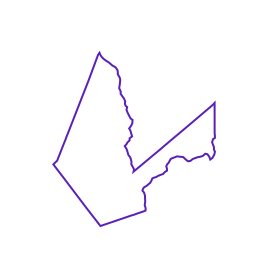 the district of Sítio Novo do Tocantins, Tocantins, Brazil, rotated 141°
{"feature_id": "56859067B78614603253170", "entity_name": "Sítio Novo do Tocantins", "entity_type": "district", "adm_level": 2, "iso_a3": "BRA", "parent_name": "Brazil", "parent_adm1": "Tocantins", "projection": "albers", "projection_center": [-47.721, -5.652], "detail": "fine", "context": "isolated", "style": "outline", "palette": "violet", "viewbox_px": 256, "rotation_deg": 141, "n_neighbors": 0, "source": "geoboundaries", "source_scale": "gbopen_adm2", "svg_char_len": 1616}
<svg xmlns="http://www.w3.org/2000/svg" viewBox="0 0 256 256"><g transform="rotate(141 128 128)"><path d="M102.8,204.4L105.2,203.7L129.5,189.3L144.5,180.8L177.1,162.2L181.5,159.8L183.2,158.7L189.5,155.2L203.6,147.2L208.9,146.7L209.0,144.3L209.4,129.5L210.6,93.1L211.1,69.2L180.7,58.0L177.3,56.6L174.6,55.7L168.4,53.4L166.4,52.8L164.8,54.5L163.5,57.6L160.9,60.0L159.1,62.5L157.4,64.7L156.2,67.6L156.2,70.2L154.5,71.4L152.3,71.8L150.1,71.3L147.9,71.4L145.3,71.4L142.9,72.3L140.9,73.5L138.9,73.0L136.9,72.1L134.9,71.9L132.3,71.1L129.6,70.2L126.9,70.6L124.5,70.3L123.2,72.1L122.4,74.1L120.5,75.1L118.3,75.4L116.0,76.4L114.0,77.1L107.8,75.1L105.7,73.0L103.4,70.7L102.9,67.0L102.3,64.3L100.0,63.1L97.3,63.2L94.9,62.4L92.3,61.5L90.0,60.2L87.4,59.2L84.2,59.4L82.8,57.7L82.9,54.5L83.9,51.7L81.2,51.6L77.7,53.0L75.3,54.9L74.9,57.0L73.3,58.9L72.4,61.7L71.6,64.0L69.0,65.8L66.7,65.6L65.4,67.2L63.9,69.5L44.9,93.0L47.7,92.6L81.8,91.8L105.6,91.4L107.6,91.3L110.0,91.3L112.6,91.2L120.7,91.0L124.3,91.0L151.1,90.6L149.3,92.1L148.2,97.8L146.5,99.6L145.5,101.8L144.7,103.8L144.7,106.7L143.3,110.0L142.3,112.6L141.9,116.0L139.6,116.3L137.2,117.2L134.7,117.3L133.2,119.0L130.1,118.9L128.8,122.1L127.7,124.6L127.4,126.9L124.0,127.8L121.6,129.0L119.4,131.4L120.0,133.8L119.4,136.7L118.7,140.0L117.8,143.0L115.5,144.8L115.9,146.7L115.1,148.9L113.5,150.3L112.6,153.2L112.5,155.1L112.2,159.3L110.7,160.9L109.8,164.5L106.7,167.3L103.7,170.3L102.7,172.4L102.1,176.2L100.6,178.0L99.7,179.9L99.5,183.1L100.8,186.3L101.6,190.8L102.8,194.5L103.5,197.2L103.7,199.8L103.5,202.1L102.8,204.4Z" fill="none" stroke="#5b21b6" stroke-width="2"/></g></svg>